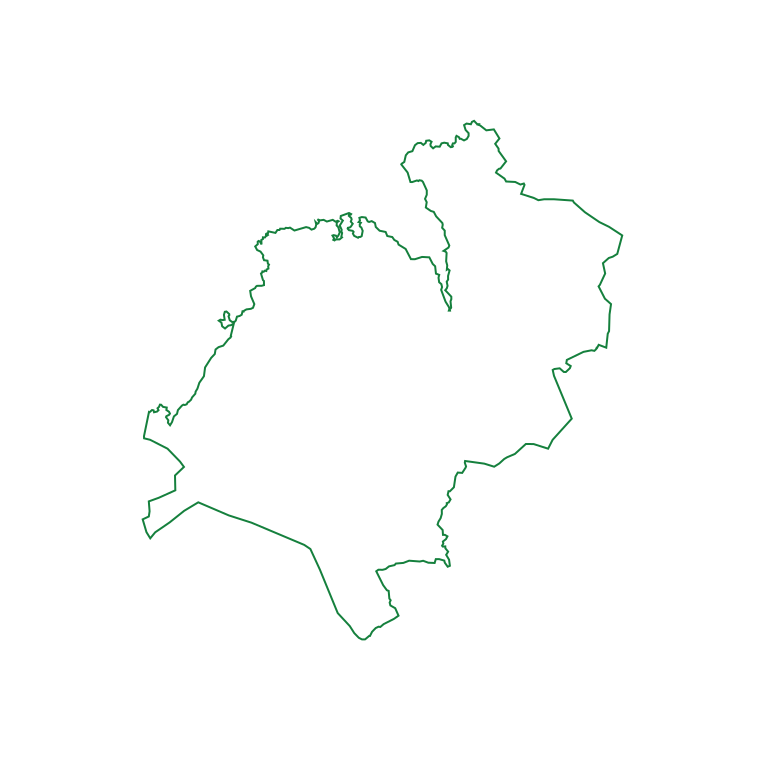 the district of Andzeļu pag., Dagdas, Latvia, rotated 232°
{"feature_id": "27541924B17639902411602", "entity_name": "Andzeļu pag.", "entity_type": "district", "adm_level": 2, "iso_a3": "LVA", "parent_name": "Latvia", "parent_adm1": "Dagdas", "projection": "albers", "projection_center": [27.55, 56.191], "detail": "fine", "context": "isolated", "style": "outline", "palette": "green", "viewbox_px": 768, "rotation_deg": 232, "n_neighbors": 0, "source": "geoboundaries", "source_scale": "gbopen_adm2", "svg_char_len": 6166}
<svg xmlns="http://www.w3.org/2000/svg" viewBox="0 0 768 768"><g transform="rotate(232 384 384)"><path d="M211.8,313.7L214.1,317.0L212.1,319.6L207.7,322.8L205.8,321.9L200.8,321.7L200.2,324.0L205.5,327.1L211.1,327.8L212.4,331.3L216.7,331.2L218.3,332.3L219.7,330.2L220.8,330.2L221.7,332.5L223.6,333.4L223.6,337.3L224.9,340.2L227.6,339.1L228.8,337.6L232.8,340.3L240.2,339.6L242.0,342.2L243.4,346.0L246.0,349.6L249.2,352.0L249.7,354.4L249.6,357.4L250.4,359.5L251.5,360.1L250.8,362.1L252.1,365.4L257.4,365.9L259.8,368.8L258.9,369.9L259.6,375.5L267.0,383.3L268.8,387.6L265.8,390.9L267.8,396.7L268.5,397.9L272.2,399.2L273.4,400.5L259.5,414.0L251.0,419.9L250.4,425.9L250.9,432.5L250.5,435.8L248.3,444.1L249.4,458.8L244.6,464.9L232.0,473.5L236.2,482.5L241.1,510.6L285.8,523.0L291.2,525.6L290.9,527.5L288.2,532.1L282.8,533.1L281.5,534.7L282.0,540.2L283.2,542.2L288.1,540.4L290.4,542.9L286.5,561.0L282.8,568.3L280.6,570.2L280.8,572.3L281.6,573.8L281.2,574.0L282.7,577.3L275.8,581.5L285.9,591.3L287.1,593.9L300.0,604.6L307.2,612.1L315.2,610.6L328.8,613.2L329.2,615.1L334.9,626.3L344.4,630.9L344.9,638.7L343.5,642.6L342.9,647.9L354.4,663.2L369.3,658.1L379.0,653.4L395.6,648.1L410.1,645.4L412.3,645.7L424.9,631.7L431.0,623.9L433.8,618.8L438.2,616.7L449.4,609.1L454.4,617.3L455.9,617.6L457.2,614.3L462.4,611.8L468.4,604.9L471.6,605.4L481.6,602.4L482.7,604.5L482.8,607.1L482.1,608.4L484.3,617.3L497.0,617.8L499.0,619.2L504.8,619.5L506.4,626.1L517.0,627.3L520.9,620.8L528.7,618.9L530.5,617.7L530.6,618.4L531.4,617.4L535.9,617.0L536.4,614.7L535.2,612.4L538.4,609.4L538.7,606.5L533.9,604.7L529.6,605.1L527.4,603.4L526.1,600.1L526.7,597.0L530.1,595.5L530.6,594.6L532.4,595.0L534.9,593.9L534.1,592.3L530.6,589.6L530.2,587.7L531.2,586.4L530.2,584.7L528.9,584.7L528.7,584.0L529.5,582.4L533.0,581.6L534.4,582.4L537.1,580.0L538.2,577.5L536.7,574.0L539.4,571.0L539.5,567.8L542.8,567.3L544.4,568.2L545.6,570.6L548.1,569.7L549.7,567.0L548.3,565.3L548.2,562.2L551.3,561.5L553.1,558.8L553.1,555.4L550.0,549.7L551.6,545.7L550.8,542.0L546.5,536.7L546.7,533.4L546.4,532.8L536.1,532.8L526.9,529.2L525.8,530.5L524.1,535.3L522.7,536.1L522.8,537.3L521.0,538.9L519.3,539.1L510.2,536.9L506.8,534.2L504.6,530.3L501.0,529.6L497.3,525.6L491.6,527.4L489.0,529.2L484.0,528.3L474.9,529.1L473.3,528.3L471.3,526.0L467.5,526.3L463.9,523.5L452.9,520.7L451.8,518.8L452.2,512.9L450.3,514.1L448.7,514.0L442.4,508.5L438.6,506.9L435.4,503.9L435.3,505.1L433.1,505.6L429.7,501.0L426.8,498.8L426.0,496.4L422.2,494.5L420.7,492.3L420.2,490.0L411.4,490.8L409.4,489.3L408.2,487.3L402.9,484.0L402.5,483.2L403.1,482.2L401.2,481.2L401.9,480.3L402.9,481.8L404.6,482.5L411.0,483.2L423.0,487.0L424.6,489.4L427.4,490.7L430.2,490.1L434.2,492.4L436.0,494.7L439.0,492.9L445.3,496.8L448.6,496.3L455.9,497.7L460.7,492.2L463.3,485.2L465.8,482.1L477.1,484.2L484.9,481.3L487.7,482.3L491.2,480.8L494.7,481.0L498.6,477.7L502.8,478.9L507.5,474.9L512.8,474.2L516.4,476.0L519.9,474.6L520.9,472.0L522.2,471.3L526.5,472.0L529.2,469.3L530.1,466.9L527.6,465.7L527.2,463.7L525.3,465.0L524.6,463.0L523.1,462.0L521.3,462.5L517.8,461.5L514.3,457.5L514.4,456.0L515.3,454.7L515.2,453.6L519.1,451.7L521.7,452.1L522.6,453.7L524.0,453.6L526.8,451.1L528.8,451.0L529.3,451.7L528.4,453.5L528.4,454.7L529.5,458.0L532.4,457.8L533.7,459.9L535.1,460.4L538.2,459.8L538.7,460.4L537.9,462.1L538.1,462.7L540.3,461.7L543.0,453.4L541.2,451.6L538.1,452.2L536.1,446.7L531.6,445.6L530.4,444.3L528.8,444.0L526.4,441.1L525.4,441.2L525.3,438.0L527.6,435.0L527.6,433.4L528.8,432.8L529.4,434.3L532.7,434.8L532.3,436.0L530.4,437.5L528.6,437.2L529.0,439.2L530.6,442.4L535.6,444.5L538.1,444.3L540.4,446.3L540.2,448.4L541.1,448.0L541.8,445.7L544.9,444.7L547.2,439.0L550.5,437.5L552.3,434.4L554.7,433.0L552.3,433.2L551.1,431.3L551.3,430.0L553.6,429.8L551.4,428.8L549.6,426.5L549.3,424.7L550.3,421.9L553.2,421.1L555.6,419.2L560.1,407.9L565.1,406.2L565.8,404.5L567.5,402.8L567.5,401.2L570.3,397.8L569.7,396.5L571.0,394.8L569.9,391.5L575.5,386.8L574.2,385.3L574.7,384.6L574.4,384.0L572.9,384.2L573.0,383.0L574.2,382.8L573.2,381.9L572.8,380.3L574.1,378.9L572.8,377.9L573.0,376.0L569.4,373.4L572.7,373.9L573.9,373.3L573.9,372.1L571.9,370.6L571.7,367.2L567.7,366.5L564.4,368.2L559.7,368.1L558.4,366.6L555.4,365.7L552.9,368.1L550.3,366.6L548.9,366.9L548.1,365.2L546.1,364.0L546.5,362.0L545.5,360.8L546.7,359.8L546.5,358.3L547.6,357.5L546.8,356.4L546.8,355.1L540.4,352.6L539.1,352.8L535.8,350.3L536.7,348.1L539.5,344.4L539.6,343.0L538.9,341.5L539.8,335.9L535.0,333.2L526.8,331.0L524.7,327.7L525.2,325.4L527.5,321.5L527.9,318.7L527.5,318.0L528.4,317.3L526.2,314.5L526.5,312.1L527.6,309.6L525.2,306.2L525.0,304.6L526.4,302.5L529.2,301.7L533.1,303.2L533.5,304.5L534.4,305.1L538.1,304.5L538.9,303.0L537.0,300.4L532.7,298.0L533.6,296.3L535.4,294.7L535.6,292.8L532.5,293.7L529.1,292.0L525.6,292.9L525.8,297.4L524.5,299.7L524.2,303.0L516.2,292.8L515.7,292.9L515.1,291.7L515.1,288.9L513.2,281.0L514.9,276.3L514.9,272.5L511.8,269.1L511.0,263.9L507.2,253.2L501.0,246.9L498.7,239.3L495.2,234.1L494.0,230.9L492.5,229.3L491.6,224.5L490.4,222.3L490.1,219.1L490.4,218.1L489.5,216.0L490.1,214.1L491.2,213.2L491.4,211.5L490.3,205.5L487.9,202.5L487.8,198.5L484.5,193.5L483.2,190.0L486.5,189.9L488.2,191.7L492.1,191.8L492.6,192.7L492.0,195.8L492.5,197.1L494.5,197.5L497.5,196.5L499.2,198.3L502.0,195.8L504.9,195.6L505.7,194.7L504.5,192.7L504.3,190.6L502.2,190.2L502.0,188.2L503.3,185.4L505.1,186.2L506.3,185.2L506.1,181.5L506.5,181.4L490.6,162.7L488.9,161.5L484.1,165.3L466.3,173.6L448.5,175.5L441.8,175.3L440.6,163.0L428.7,154.1L433.0,136.5L436.3,126.4L428.0,120.9L424.4,117.1L425.9,110.5L413.5,105.6L406.3,104.8L408.0,112.4L406.9,130.0L407.1,148.4L405.1,164.8L376.0,180.8L356.3,194.2L306.3,222.1L299.3,224.4L277.2,219.2L232.0,206.5L214.3,208.0L206.0,207.2L199.5,207.9L196.3,209.4L194.4,211.9L194.6,217.3L194.1,217.8L196.1,222.1L196.8,227.2L196.1,230.3L194.8,231.5L195.0,235.9L192.8,247.2L192.5,252.8L200.4,254.8L205.6,252.7L208.3,253.9L209.5,256.1L211.6,256.1L218.1,260.3L219.7,259.3L226.0,259.5L241.2,262.6L241.1,265.2L238.4,268.6L237.2,271.4L237.2,275.7L234.8,280.8L235.2,282.8L231.1,289.1L229.3,295.0L222.1,302.9L220.6,306.0L215.9,308.9L211.8,313.7Z" fill="none" stroke="#15803d" stroke-width="2"/></g></svg>